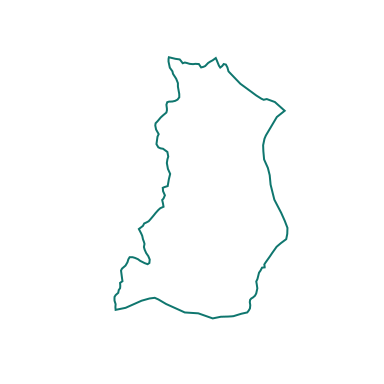 outline of Papar, Sabah, Malaysia, rotated 156°
{"feature_id": "92858781B69342492648863", "entity_name": "Papar", "entity_type": "district", "adm_level": 2, "iso_a3": "MYS", "parent_name": "Malaysia", "parent_adm1": "Sabah", "projection": "robinson", "projection_center": [116.051, 5.607], "detail": "fine", "context": "isolated", "style": "outline", "palette": "teal", "viewbox_px": 384, "rotation_deg": 156, "n_neighbors": 0, "source": "geoboundaries", "source_scale": "gbopen_adm2", "svg_char_len": 2383}
<svg xmlns="http://www.w3.org/2000/svg" viewBox="0 0 384 384"><g transform="rotate(156 192 192)"><path d="M161.3,307.7L160.4,301.9L160.6,297.2L162.0,294.0L162.9,290.4L163.8,286.7L165.1,283.7L167.6,282.3L170.3,282.1L173.3,282.7L176.2,283.9L178.1,284.1L179.9,282.1L181.0,278.4L181.7,276.8L183.1,275.0L187.3,273.8L190.3,272.8L194.8,270.6L197.3,269.6L198.5,267.7L199.4,263.7L198.9,258.4L201.0,256.6L205.0,250.2L204.6,246.5L203.0,244.7L200.9,243.3L198.2,238.6L199.3,234.0L201.2,231.8L203.2,228.7L204.6,222.9L204.6,217.4L208.0,213.0L211.8,207.3L215.2,207.7L217.0,207.7L218.1,204.5L218.1,200.0L220.7,197.6L222.5,196.8L223.2,193.2L224.0,190.1L227.5,190.1L230.0,189.3L233.6,187.7L236.7,186.1L240.4,184.3L243.5,182.9L246.3,182.7L248.5,182.7L250.6,181.0L255.6,179.8L255.3,174.8L255.3,172.2L256.0,168.9L256.2,165.9L256.5,163.9L258.3,161.3L258.7,158.6L258.7,154.8L258.0,151.2L258.1,147.5L259.8,144.5L261.9,144.1L264.2,146.3L265.8,148.3L267.3,150.1L268.7,152.6L270.9,155.0L272.8,156.6L275.5,157.8L277.5,156.4L279.6,154.0L282.7,151.8L287.1,150.5L288.8,149.1L291.1,141.3L291.8,138.8L294.7,138.2L295.7,135.4L296.8,133.4L298.8,132.2L300.4,129.9L303.6,128.9L305.4,127.7L306.3,125.9L307.0,124.1L307.4,120.6L308.8,118.0L309.7,115.4L299.8,113.2L293.8,113.2L282.3,113.2L274.1,112.0L269.1,110.5L266.4,107.5L261.2,100.2L251.3,89.1L247.6,84.9L235.6,78.6L224.5,68.1L216.4,66.3L209.6,63.5L206.4,62.3L204.6,61.7L199.6,61.1L196.4,60.7L190.5,59.5L188.3,60.7L186.4,62.1L184.8,64.9L184.0,67.9L182.8,69.8L181.2,70.6L179.4,70.8L176.7,71.6L174.6,73.2L171.5,77.4L170.4,81.3L169.7,84.1L167.6,85.9L163.6,91.0L161.3,92.4L158.8,94.4L156.3,93.6L155.9,94.6L155.4,96.4L153.6,97.6L147.0,101.5L143.5,103.7L136.9,107.6L131.7,109.1L125.1,110.6L122.0,115.0L119.4,120.4L119.0,127.8L119.0,136.7L119.9,151.5L117.2,166.8L114.2,175.7L112.9,183.1L112.9,192.4L110.2,200.3L108.0,205.8L104.1,211.2L101.5,213.6L84.0,226.0L74.3,228.5L79.7,240.5L85.9,246.5L89.0,247.1L90.6,248.9L92.4,251.6L94.0,254.0L103.8,271.2L109.6,287.3L109.0,291.4L109.2,294.6L111.0,296.0L113.1,294.8L115.6,294.2L116.0,296.4L115.8,302.7L115.8,304.7L119.6,303.9L122.3,303.7L124.8,303.3L128.7,301.7L130.7,301.7L133.0,302.1L133.7,306.1L136.8,307.7L139.1,308.4L142.0,310.0L144.3,312.0L145.9,313.2L148.1,313.4L148.8,316.4L149.3,318.1L153.1,320.5L158.3,324.5L159.3,323.1L160.4,320.7L161.7,314.6L160.8,310.2L161.3,307.7Z" fill="none" stroke="#0f766e" stroke-width="2"/></g></svg>